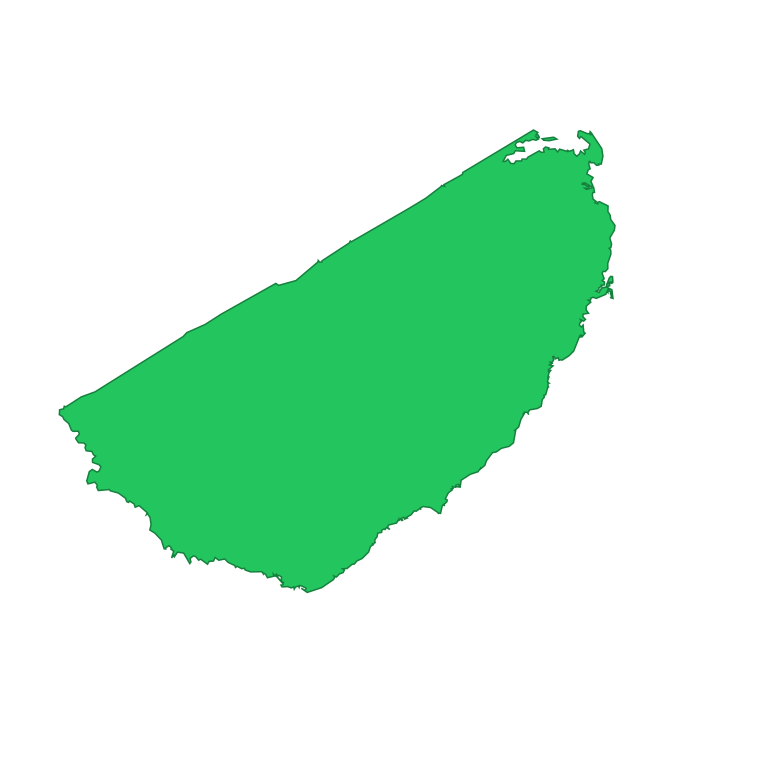 outline of Misamis Occidental, Misamis Occidental, Philippines, rotated 60°
{"feature_id": "2640588B78942230860818", "entity_name": "Misamis Occidental", "entity_type": "district", "adm_level": 2, "iso_a3": "PHL", "parent_name": "Philippines", "parent_adm1": "Misamis Occidental", "projection": "albers", "projection_center": [123.731, 8.341], "detail": "fine", "context": "isolated", "style": "filled", "palette": "green", "viewbox_px": 768, "rotation_deg": 60, "n_neighbors": 0, "source": "geoboundaries", "source_scale": "gbopen_adm2", "svg_char_len": 6124}
<svg xmlns="http://www.w3.org/2000/svg" viewBox="0 0 768 768"><g transform="rotate(60 384 384)"><path d="M312.5,683.0L319.3,689.9L322.5,690.3L324.5,683.4L328.4,682.9L329.6,684.4L333.4,684.7L338.1,674.6L339.6,674.5L345.6,668.6L353.7,665.0L357.3,665.6L358.8,664.5L358.2,662.8L362.9,660.4L366.3,661.1L366.9,656.9L377.1,653.4L378.4,655.1L378.3,653.6L382.9,653.4L389.6,656.2L393.3,659.8L398.6,657.0L407.7,654.8L416.8,656.8L417.8,655.5L416.6,654.7L416.6,651.0L419.3,650.1L420.7,651.0L421.3,649.6L421.0,650.8L423.6,649.9L423.1,649.1L428.4,654.9L427.3,651.6L428.8,651.9L426.4,646.9L430.3,642.0L442.4,642.0L441.6,640.2L438.2,639.2L437.5,635.1L439.3,633.4L443.9,632.6L444.1,630.3L451.8,627.0L450.2,624.1L452.1,620.2L449.8,617.0L454.0,615.2L455.9,609.4L460.5,608.2L466.6,604.0L468.6,604.3L468.4,602.4L472.8,599.6L473.9,596.8L475.5,597.3L480.0,593.5L485.5,583.6L488.4,583.4L487.9,582.6L489.7,581.7L493.5,581.8L495.5,575.2L494.2,575.2L493.4,574.9L495.4,574.6L495.0,572.1L497.2,572.0L497.4,570.5L500.0,569.2L502.1,570.8L503.9,571.4L504.7,570.8L505.1,571.2L496.6,573.2L496.0,573.7L495.6,574.5L496.8,573.3L505.8,571.5L505.9,570.6L507.4,572.0L506.6,573.8L508.7,573.8L511.3,568.7L514.2,566.3L514.6,563.7L516.8,564.3L515.6,562.3L516.2,559.0L517.7,559.2L516.4,557.7L517.2,556.8L521.8,553.5L523.6,555.2L519.6,557.8L526.1,554.7L529.2,539.8L528.1,525.6L526.8,523.3L525.3,523.4L527.4,521.6L526.2,517.7L526.9,513.7L525.4,511.4L523.3,512.2L525.3,508.3L524.2,501.8L525.1,499.7L523.7,495.9L524.2,490.2L521.8,481.3L518.0,477.0L517.7,474.4L516.1,473.9L517.7,473.7L516.5,471.1L517.5,470.5L516.4,471.1L514.1,469.5L512.9,466.4L510.1,464.1L511.3,460.2L509.7,459.3L509.4,457.3L510.0,455.8L510.8,456.4L509.5,453.5L512.9,451.7L509.8,452.5L508.4,450.6L510.7,442.6L508.3,438.6L509.6,439.1L509.6,436.8L511.1,436.9L511.2,436.0L509.0,436.3L509.4,433.5L511.3,433.8L511.7,431.0L510.7,431.5L510.8,425.8L509.0,421.3L510.3,419.7L509.7,415.1L511.4,414.7L509.6,414.8L509.6,411.5L514.3,405.4L522.9,401.3L523.7,402.1L523.0,401.3L524.3,399.7L518.8,394.6L518.1,392.8L520.0,392.4L518.4,392.5L517.5,388.5L516.1,387.2L514.1,388.4L510.4,382.6L509.8,377.8L508.5,378.3L508.9,376.3L507.2,376.0L509.3,373.6L507.6,372.4L508.0,369.9L509.2,369.4L510.0,370.9L509.0,372.7L511.4,369.6L505.9,365.3L505.3,354.5L507.0,346.5L504.7,341.3L505.8,342.6L504.9,337.4L501.7,333.7L497.7,324.3L499.0,320.7L498.4,314.4L500.6,306.8L499.7,301.3L490.0,293.1L490.1,293.6L489.6,294.1L488.6,288.9L483.0,283.0L480.0,277.6L479.5,279.3L479.7,277.4L478.6,276.8L480.0,274.2L483.0,273.9L481.0,274.0L479.2,270.9L481.9,263.4L481.9,259.0L476.7,254.8L475.5,251.6L473.7,251.2L474.2,249.4L468.4,243.5L469.4,242.5L468.4,243.4L465.0,241.3L465.5,240.7L463.5,241.2L460.5,237.8L460.2,238.8L456.5,235.2L455.1,235.5L456.3,234.6L455.4,232.1L455.5,234.3L453.9,234.6L452.8,228.6L450.2,231.1L450.2,228.1L448.3,229.1L449.1,227.1L448.0,225.1L444.7,224.2L445.3,222.9L447.9,223.2L448.4,219.9L451.5,220.8L450.6,220.1L452.4,217.7L452.1,209.9L450.3,203.2L439.7,189.8L441.4,190.7L442.1,189.0L440.4,188.6L441.8,187.8L440.6,184.4L439.2,185.1L432.5,182.1L433.3,184.6L431.0,185.4L429.2,184.2L428.6,181.8L426.4,181.7L429.4,179.6L428.8,177.2L425.5,178.1L423.0,176.8L425.0,171.5L420.9,171.9L417.7,169.8L416.5,164.0L413.6,165.2L414.6,163.2L412.4,161.2L413.3,161.7L413.3,159.7L416.0,157.3L417.2,147.1L415.4,144.7L416.8,144.4L413.8,142.7L415.3,143.2L417.2,141.5L418.9,142.8L417.8,141.2L418.9,141.0L419.4,142.7L422.0,143.2L422.6,144.5L424.4,142.9L416.3,139.5L413.8,141.2L414.8,142.3L413.0,141.8L411.2,143.0L411.8,139.4L410.2,138.6L409.2,139.5L409.8,137.7L408.8,137.6L409.5,135.6L410.0,137.0L410.7,136.4L410.5,135.0L405.3,132.4L404.2,133.9L404.9,136.0L408.4,140.3L407.4,138.7L408.6,138.4L408.6,140.7L411.1,143.0L409.7,147.6L412.3,151.9L409.6,154.0L409.8,150.8L408.1,149.8L408.1,146.3L407.1,146.5L408.4,143.6L405.8,142.0L403.6,143.4L402.9,140.7L397.1,139.7L396.0,137.9L397.3,136.1L396.1,132.5L391.4,129.9L384.9,122.5L381.4,120.7L379.0,121.2L379.4,119.4L376.7,117.0L370.4,115.4L366.0,107.6L362.2,104.7L354.8,105.4L350.9,103.7L346.7,103.9L341.8,100.9L333.8,106.3L333.5,108.2L334.8,108.9L332.5,110.7L332.1,109.0L328.4,110.5L324.4,109.0L322.6,107.5L323.3,105.9L318.5,104.1L316.7,111.4L314.9,112.2L316.9,109.0L315.8,107.7L314.6,108.3L314.9,107.3L314.2,108.3L314.5,109.1L311.5,110.4L310.3,112.5L309.3,111.9L310.2,109.5L316.8,105.8L316.8,104.0L312.0,103.5L309.7,99.7L303.4,103.3L300.8,100.2L300.7,97.9L295.5,96.6L294.6,94.5L294.3,94.5L294.0,95.3L293.5,95.6L294.3,94.3L295.9,94.2L297.3,91.6L300.9,90.6L301.8,88.5L300.7,88.2L302.2,85.9L296.2,80.5L289.0,77.7L272.2,78.8L271.4,80.2L271.0,78.8L268.5,79.3L269.9,80.6L269.2,82.4L262.8,87.4L262.4,89.3L266.2,92.4L269.1,92.0L268.2,89.9L269.4,89.2L279.2,85.7L282.6,89.3L281.4,94.0L284.0,93.9L285.3,95.4L280.5,97.3L282.5,99.6L283.1,103.3L279.4,104.2L275.8,102.8L275.3,106.9L273.3,108.3L273.6,108.8L274.4,108.6L274.5,108.7L268.4,114.5L269.8,117.7L265.9,118.2L263.0,124.2L261.9,123.1L259.5,125.7L260.0,128.4L263.2,129.4L262.2,131.8L259.7,133.0L259.5,145.9L260.5,148.1L258.2,152.0L259.6,153.3L256.8,158.3L258.3,161.0L256.4,163.9L251.3,164.4L251.9,167.8L250.8,169.6L247.2,163.7L249.3,156.5L247.7,153.6L252.8,145.9L248.8,144.7L245.9,150.8L242.6,150.9L241.1,148.5L241.9,145.0L244.6,143.3L243.8,139.4L246.0,137.0L246.5,133.0L248.9,130.4L249.1,127.9L246.4,128.7L248.2,126.3L247.3,126.0L245.2,126.1L244.2,127.8L243.1,125.0L238.8,127.5L240.2,210.1L241.7,211.2L241.3,232.5L243.1,232.7L240.4,235.4L241.4,234.8L244.0,255.0L244.4,273.6L244.5,341.3L243.3,341.7L244.5,343.5L246.3,376.1L247.4,376.9L246.2,378.8L244.1,379.2L245.3,380.3L250.4,408.5L245.9,425.9L242.8,427.4L242.1,489.9L243.0,509.2L240.9,529.1L242.5,534.2L246.3,638.2L243.8,652.5L244.7,670.9L243.4,672.0L245.3,673.9L244.1,677.8L248.2,680.5L251.6,678.6L254.8,678.9L260.6,676.8L267.7,677.8L269.5,677.0L272.1,672.3L275.1,672.9L276.7,678.1L277.8,678.3L282.2,677.9L285.0,673.4L287.8,672.6L289.5,674.7L292.9,675.3L296.4,670.7L300.1,671.0L302.3,669.7L303.3,674.1L306.2,675.6L311.3,671.2L314.2,670.6L316.8,674.1L316.8,676.6L312.1,679.4L312.5,683.0ZM258.3,111.9L255.1,113.7L250.7,124.4L252.8,123.8L255.9,119.3L258.3,111.9Z" fill="#22c55e" stroke="#15803d" stroke-width="1.5"/></g></svg>